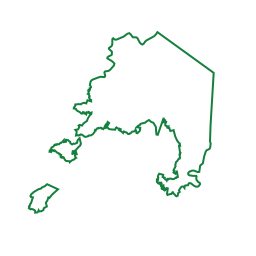 Tamalín, Veracruz, Mexico, rotated 10°
{"feature_id": "50627088B78854811449565", "entity_name": "Tamalín", "entity_type": "district", "adm_level": 2, "iso_a3": "MEX", "parent_name": "Mexico", "parent_adm1": "Veracruz", "projection": "natural_earth1", "projection_center": [-97.693, 21.474], "detail": "fine", "context": "isolated", "style": "outline", "palette": "green", "viewbox_px": 256, "rotation_deg": 10, "n_neighbors": 0, "source": "geoboundaries", "source_scale": "gbopen_adm2", "svg_char_len": 5847}
<svg xmlns="http://www.w3.org/2000/svg" viewBox="0 0 256 256"><g transform="rotate(10 128 128)"><path d="M186.7,186.5L187.7,186.8L188.7,186.0L188.7,183.4L190.0,182.0L189.0,180.5L190.4,177.2L191.3,176.3L192.7,176.0L194.0,177.2L193.9,176.0L194.3,174.7L197.1,173.9L197.3,172.4L197.7,171.7L199.4,171.5L203.2,173.5L205.2,174.0L206.7,173.7L207.8,172.8L208.7,170.9L208.3,169.7L206.4,168.9L204.5,167.2L204.0,166.0L203.9,163.8L203.5,163.3L199.8,163.9L196.7,163.9L195.7,163.5L195.2,162.7L195.2,161.7L196.1,160.3L198.6,158.8L200.1,158.5L204.5,159.3L205.8,158.8L205.6,152.8L206.0,151.9L207.4,150.5L207.9,149.5L207.9,143.2L208.6,137.9L209.3,136.3L211.6,134.7L212.2,133.7L212.3,132.6L212.1,128.9L211.1,127.0L208.8,110.8L202.8,58.8L140.3,28.5L139.4,30.7L137.9,33.0L131.0,38.5L129.9,39.9L128.9,42.1L127.8,43.2L126.6,43.1L124.9,42.0L121.7,37.9L120.6,37.3L117.0,37.8L114.1,35.1L112.8,34.4L111.0,35.3L107.8,38.8L101.4,42.9L100.2,43.2L99.2,43.1L98.0,42.2L97.3,42.7L97.2,43.7L98.0,48.3L97.8,49.6L97.4,50.5L95.8,52.0L95.3,52.7L95.4,53.3L98.9,55.7L99.3,58.4L99.1,59.0L96.3,61.0L95.5,62.1L95.6,63.1L100.5,64.9L102.9,66.4L103.4,66.9L103.3,68.8L100.1,74.1L98.6,75.3L95.7,76.2L95.2,76.9L95.2,77.8L96.5,80.5L96.4,81.3L95.8,82.0L92.1,82.3L90.6,83.0L84.6,86.6L83.7,87.6L83.1,88.8L83.0,92.5L84.0,93.3L84.5,94.4L83.7,95.5L83.8,96.0L83.4,95.9L83.5,96.8L82.8,97.1L83.5,97.9L83.4,98.2L82.8,98.3L82.6,98.0L82.4,98.3L83.1,98.7L82.9,100.4L83.4,100.8L82.7,101.5L83.5,101.8L84.5,103.0L84.4,103.4L84.8,103.9L84.3,104.5L84.5,105.1L85.7,106.5L86.8,106.8L87.1,108.2L83.3,107.7L82.9,109.7L82.5,110.2L82.6,111.0L80.2,110.8L77.5,112.5L77.5,112.8L74.4,113.2L73.1,113.8L72.1,113.9L72.1,115.6L71.2,117.2L71.2,118.2L73.3,118.2L73.9,119.1L75.3,120.0L77.8,120.7L79.5,121.9L80.9,121.6L81.1,120.5L80.8,120.4L80.9,120.1L81.3,120.2L82.5,120.3L82.7,120.5L82.6,121.1L84.5,121.9L84.6,119.7L86.4,119.9L86.4,119.0L86.9,119.1L87.7,120.0L89.4,119.1L89.4,120.8L88.4,121.8L88.0,122.6L86.8,125.5L86.4,128.1L83.5,131.1L82.3,133.6L80.0,133.3L78.9,134.2L79.9,135.4L79.1,138.0L76.5,139.0L77.8,140.1L78.2,141.3L78.1,144.4L79.5,143.8L80.3,144.1L81.5,143.2L81.9,143.3L82.6,142.5L84.2,142.7L86.8,144.1L88.1,144.0L90.3,142.9L90.5,142.3L92.7,141.7L94.6,140.1L95.9,137.4L95.8,135.9L95.9,135.6L96.6,135.9L96.7,135.2L97.2,134.9L97.9,133.5L98.8,133.4L99.0,133.1L99.4,133.3L101.1,132.4L102.1,132.7L102.2,133.2L102.5,133.2L102.6,132.9L103.8,133.4L104.5,132.1L105.3,129.1L105.4,128.8L105.8,129.1L106.4,128.2L106.9,125.6L108.5,126.4L106.6,131.5L107.7,131.0L109.0,132.1L110.5,132.4L115.6,131.9L115.9,130.2L116.5,129.4L119.6,130.9L119.6,130.2L121.0,130.4L121.1,131.1L120.1,131.8L123.0,133.0L124.0,133.8L124.6,132.1L125.9,132.6L127.3,132.6L129.1,133.9L130.1,133.8L130.8,133.0L131.5,132.7L132.7,130.9L135.3,130.0L135.7,128.2L136.9,130.2L137.1,131.2L137.3,131.5L138.1,131.5L139.9,129.2L140.3,127.6L140.0,127.1L140.0,125.6L136.4,125.7L136.7,125.2L137.7,123.9L139.2,122.9L139.6,121.7L143.9,119.8L145.7,117.8L147.3,116.5L149.6,117.9L152.1,118.5L154.6,121.3L155.4,122.4L156.0,125.5L157.2,129.5L158.5,129.5L161.4,111.7L161.6,113.0L163.0,113.8L162.3,114.6L162.3,115.8L163.2,115.1L164.5,115.3L164.5,115.9L164.0,116.0L163.9,117.1L164.3,119.0L165.2,119.2L165.9,119.8L166.7,119.5L167.0,119.8L166.7,120.4L166.8,120.8L167.3,120.7L167.3,120.1L167.6,119.8L167.6,120.4L168.3,120.7L168.0,121.1L168.9,121.3L170.2,123.6L173.3,122.2L175.9,128.0L178.3,131.5L180.1,133.4L181.4,134.2L182.4,134.4L181.7,134.6L182.4,136.5L181.3,136.6L183.3,142.5L183.5,144.1L183.9,143.9L183.8,145.6L183.5,145.6L184.4,148.3L184.2,149.2L183.3,149.4L182.1,152.2L181.2,153.2L181.0,156.3L181.5,157.2L180.2,161.7L181.0,162.1L180.5,163.9L182.6,164.8L183.2,162.5L183.7,162.3L185.6,167.6L184.2,168.1L184.2,168.8L183.2,169.1L182.6,169.9L181.8,170.3L180.5,170.7L179.5,170.4L177.8,170.6L177.0,171.3L176.4,171.1L176.2,171.7L175.6,171.5L175.3,173.0L174.8,172.4L174.0,172.3L172.4,171.2L172.6,170.5L170.6,170.2L170.8,168.0L166.7,167.6L166.1,169.0L165.9,170.5L166.4,171.6L166.5,172.0L166.2,172.2L166.5,173.7L165.4,173.7L165.8,176.0L166.1,176.3L167.1,176.2L167.0,177.0L168.1,177.5L168.1,176.6L169.1,176.5L169.6,176.9L169.6,176.3L169.9,176.1L170.3,176.6L170.5,176.4L170.7,176.7L170.3,178.7L170.6,179.5L171.0,179.6L171.6,178.7L172.8,178.3L172.9,179.3L171.5,180.7L171.7,181.9L172.1,182.2L172.8,182.1L174.1,180.5L174.7,181.0L174.8,182.0L174.4,183.0L175.0,183.2L175.5,182.8L175.5,181.7L175.9,181.7L176.7,180.4L177.7,180.6L177.8,185.7L178.1,186.7L178.6,187.1L180.7,185.8L182.2,185.4L183.0,183.5L183.5,183.5L184.3,184.7L185.6,185.4L186.7,186.5ZM69.7,200.5L58.1,197.4L56.3,199.7L53.4,201.7L52.8,202.8L50.5,203.8L46.0,207.7L45.4,208.8L44.5,209.5L43.7,211.9L44.6,212.9L46.4,212.8L45.5,219.1L44.8,219.9L44.7,222.7L44.2,222.6L44.3,224.2L46.2,225.0L46.9,224.6L48.1,224.5L50.6,225.3L51.2,226.6L51.3,227.5L53.3,226.9L54.1,225.7L54.3,224.6L55.0,225.6L55.7,225.4L56.9,225.1L58.9,223.6L59.0,221.6L61.7,219.4L60.1,215.9L61.2,213.4L61.6,210.4L62.3,210.7L62.5,210.2L62.9,210.3L64.9,206.6L69.7,200.5ZM82.1,166.4L81.1,165.6L80.2,163.2L82.0,162.7L81.0,160.7L78.7,162.4L78.5,162.0L77.6,163.9L77.6,160.7L77.8,160.8L80.5,158.8L82.2,155.8L84.0,153.6L84.0,152.8L84.4,151.8L82.1,146.4L80.7,148.4L80.3,150.5L80.5,151.3L80.3,151.6L78.1,152.9L77.2,152.8L75.8,153.9L73.9,153.0L73.5,151.7L72.0,151.1L71.0,150.3L70.0,150.6L69.5,150.3L68.9,150.4L69.3,152.3L67.4,153.0L66.9,151.1L65.9,152.8L64.6,154.4L64.2,154.3L63.6,154.9L62.8,156.1L61.5,156.1L60.8,156.5L60.6,157.0L59.3,157.5L59.3,156.9L58.9,157.1L58.3,157.8L58.0,159.0L56.0,160.6L56.0,162.2L55.5,162.4L55.2,163.8L54.8,163.9L54.9,165.0L55.8,164.7L56.5,165.0L57.5,162.9L59.0,163.5L59.1,162.7L59.5,162.7L62.8,164.7L65.1,165.2L65.1,166.0L66.8,166.1L66.6,168.3L66.8,168.5L67.6,168.6L68.5,167.8L69.1,167.9L69.1,168.6L70.0,168.4L71.5,170.4L72.8,171.2L76.1,170.9L76.6,171.8L77.8,170.2L79.7,168.6L80.6,168.3L81.3,166.9L82.1,166.4Z" fill="none" stroke="#15803d" stroke-width="2"/></g></svg>